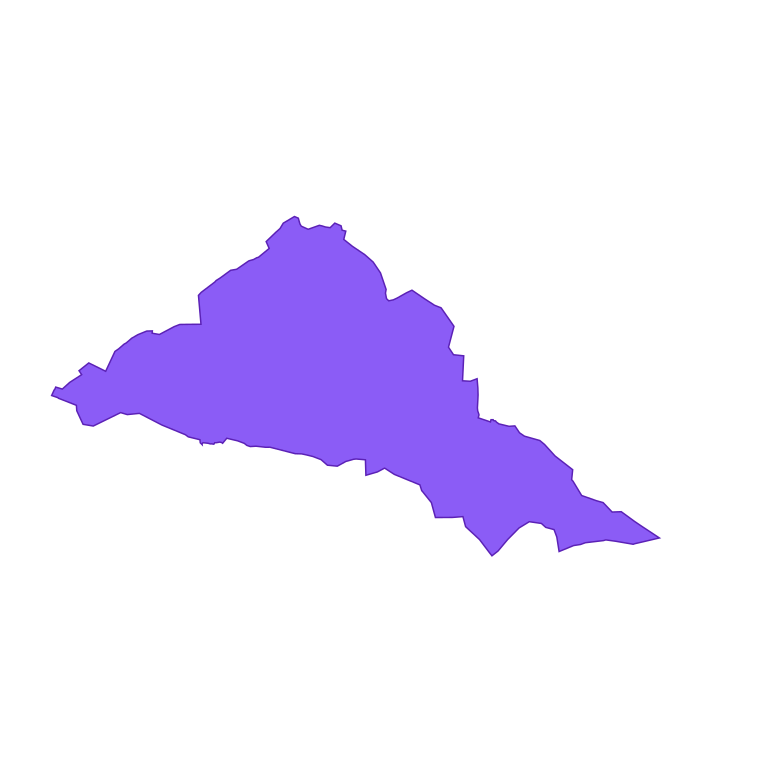 Garki, Jigawa, Nigeria (Robinson projection), rotated 19°
{"feature_id": "59680162B71065109904105", "entity_name": "Garki", "entity_type": "district", "adm_level": 2, "iso_a3": "NGA", "parent_name": "Nigeria", "parent_adm1": "Jigawa", "projection": "robinson", "projection_center": [9.076, 12.431], "detail": "fine", "context": "isolated", "style": "filled", "palette": "violet", "viewbox_px": 768, "rotation_deg": 19, "n_neighbors": 0, "source": "geoboundaries", "source_scale": "gbopen_adm2", "svg_char_len": 2819}
<svg xmlns="http://www.w3.org/2000/svg" viewBox="0 0 768 768"><g transform="rotate(19 384 384)"><path d="M396.6,476.2L406.4,469.3L411.8,463.5L412.2,463.4L412.3,463.4L423.2,466.1L450.8,467.7L454.4,472.6L455.2,473.0L467.4,480.7L476.1,493.5L492.1,487.9L501.8,483.7L507.6,492.3L525.0,500.0L538.7,509.2L542.0,511.3L546.2,504.8L551.6,490.7L558.6,476.1L566.2,466.9L578.2,464.6L583.6,466.9L592.2,466.3L597.2,472.4L604.1,485.4L615.9,475.0L622.0,471.8L626.1,468.5L642.5,460.6L644.5,459.2L654.0,457.3L671.8,454.4L673.2,453.3L680.4,448.8L694.5,439.9L679.0,435.9L674.3,434.7L665.8,432.4L653.8,428.7L649.9,427.5L641.4,430.8L629.8,424.8L622.7,425.2L607.2,425.1L594.4,414.4L592.6,413.4L590.3,403.6L569.2,396.4L555.5,388.9L549.7,386.7L533.8,387.6L528.0,386.0L525.5,384.1L521.4,381.0L516.0,383.3L505.4,384.3L504.2,383.8L503.5,383.7L502.5,383.3L501.7,382.7L501.2,382.6L500.7,382.8L499.3,382.9L498.8,382.2L496.8,382.9L497.0,385.2L484.1,385.3L483.9,382.3L483.0,381.0L481.4,379.0L480.1,376.2L478.0,368.8L476.5,363.7L474.0,357.1L470.3,348.7L464.7,353.3L457.2,355.4L450.2,331.4L440.2,333.7L433.0,328.2L431.4,306.7L420.6,298.8L413.2,293.4L406.1,293.1L394.5,290.2L379.9,286.2L375.6,290.4L368.3,298.6L365.4,301.4L361.4,303.8L358.6,302.5L355.8,297.6L355.2,293.9L352.4,290.3L344.5,280.1L334.0,272.2L323.8,268.0L309.3,264.1L298.9,260.4L298.1,251.9L294.3,252.2L291.9,248.4L285.1,247.9L282.2,253.7L277.6,254.6L273.9,254.7L271.2,255.0L261.9,262.4L254.4,261.7L252.6,260.2L251.6,258.9L249.0,255.1L244.8,254.8L236.4,264.7L235.1,270.8L233.0,274.6L232.5,275.4L230.5,279.3L226.2,287.7L231.3,293.2L224.0,305.1L222.6,306.0L220.2,308.7L216.2,311.5L215.4,312.5L207.3,323.5L202.0,326.4L194.5,337.2L191.6,340.8L190.8,342.7L181.3,356.9L179.7,360.6L191.5,387.1L180.4,391.0L171.5,394.2L166.9,398.1L155.5,410.3L150.0,411.2L148.2,411.4L147.7,409.2L142.4,411.2L135.2,417.5L130.5,422.9L128.3,426.8L127.9,427.4L127.0,429.0L125.2,431.0L121.7,437.1L119.0,440.8L116.7,462.6L98.0,460.2L91.3,470.7L95.1,473.6L86.3,484.8L81.5,493.5L74.6,493.8L74.5,496.0L74.2,496.6L74.0,497.6L73.5,503.1L76.9,503.1L79.7,503.1L80.6,503.3L80.9,503.5L81.7,503.5L100.1,504.3L102.2,509.3L109.3,516.7L112.6,520.1L122.8,518.4L144.3,496.8L151.2,496.5L162.3,491.4L187.3,495.1L212.7,496.6L216.1,497.7L228.1,496.6L229.4,499.4L231.7,500.5L231.6,500.3L231.6,499.9L231.6,499.6L231.6,499.4L231.7,499.1L231.8,499.0L231.8,498.8L231.9,498.7L232.0,498.6L232.1,498.4L237.0,497.3L239.2,497.2L240.2,496.8L241.1,496.6L242.7,496.3L243.1,494.6L244.4,494.2L246.6,493.0L247.6,492.4L249.5,492.2L250.7,492.6L253.0,486.5L264.1,485.4L271.2,485.6L274.3,486.7L277.9,486.7L283.2,484.5L292.9,482.3L296.7,480.9L322.8,478.8L328.8,476.9L333.7,476.3L340.4,475.7L349.1,476.0L356.9,479.2L366.6,476.9L373.2,469.6L375.3,468.2L379.7,465.1L382.0,464.0L391.1,461.7L396.6,476.2Z" fill="#8b5cf6" stroke="#5b21b6" stroke-width="1.5"/></g></svg>